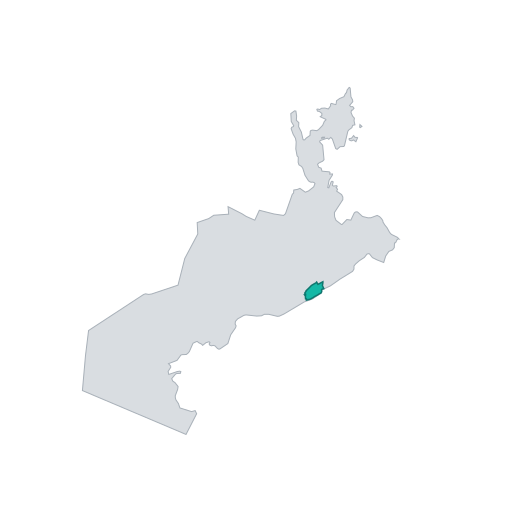 location of Alat, Bukhoro, Uzbekistan, rotated 293°
{"feature_id": "79887680B15595975584782", "entity_name": "Alat", "entity_type": "district", "adm_level": 2, "iso_a3": "UZB", "parent_name": "Uzbekistan", "parent_adm1": "Bukhoro", "projection": "mercator", "projection_center": [64.051, 39.204], "detail": "fine", "context": "in_parent", "style": "filled", "palette": "teal", "viewbox_px": 512, "rotation_deg": 293, "n_neighbors": 0, "source": "geoboundaries", "source_scale": "gbopen_adm2", "svg_char_len": 4425}
<svg xmlns="http://www.w3.org/2000/svg" viewBox="0 0 512 512"><g transform="rotate(293 256 256)"><path d="M393.6,235.9L400.7,232.4L404.7,234.8L405.0,236.1L400.7,238.7L396.7,240.1L395.5,243.3L391.7,244.7L387.8,249.3L381.6,253.8L381.5,254.8L382.1,255.5L384.1,256.1L388.1,258.6L392.0,257.2L393.0,257.5L394.0,258.9L395.1,263.0L396.8,264.2L402.4,266.3L406.6,266.3L408.7,267.2L409.1,266.8L409.3,260.7L411.1,261.7L413.0,260.9L413.8,257.9L413.4,255.9L414.8,254.7L415.5,255.5L415.6,257.3L417.6,258.6L419.1,261.6L419.6,265.1L423.4,266.0L424.8,265.3L425.9,265.7L426.5,270.1L427.0,270.4L430.4,269.5L433.6,271.4L437.0,274.7L440.8,274.9L441.6,275.5L444.4,275.0L447.6,275.9L447.7,276.4L447.1,277.2L439.6,281.2L437.4,283.9L435.8,284.8L431.2,283.3L430.5,285.0L431.3,286.7L430.3,288.5L427.9,287.8L427.5,286.9L425.2,287.4L422.5,290.2L421.3,292.7L418.8,293.4L415.4,295.8L414.0,293.9L411.6,294.1L408.3,292.2L406.7,291.8L392.2,294.3L391.1,294.0L389.5,290.7L385.9,289.0L386.0,287.4L393.5,280.6L394.4,278.5L391.9,277.4L392.3,275.6L387.5,270.1L386.6,269.8L385.9,270.0L384.1,274.0L371.2,281.0L369.3,280.3L366.4,277.7L364.5,276.8L362.2,279.0L362.3,281.6L359.9,283.6L362.1,290.6L361.8,291.5L360.2,291.8L361.4,294.4L360.4,294.7L354.2,293.7L347.0,295.3L347.2,296.4L353.6,296.2L354.5,296.7L354.6,297.6L354.3,298.1L350.9,298.7L350.6,299.8L352.3,302.9L351.5,303.6L350.3,303.0L349.3,305.0L347.2,304.9L346.0,310.8L344.2,312.9L341.8,313.9L326.6,311.2L322.7,313.1L320.1,315.7L318.4,322.2L318.6,322.9L325.1,325.4L326.1,329.3L333.9,329.6L335.2,330.2L335.9,331.2L336.2,332.3L334.0,338.6L334.9,344.2L336.1,346.8L340.7,351.7L340.5,354.4L339.5,356.8L338.2,358.8L336.8,359.7L334.9,362.4L333.2,365.6L329.9,369.8L328.8,372.2L328.4,379.0L327.5,381.0L327.4,380.3L326.2,379.5L322.8,379.3L322.1,378.4L317.7,380.0L315.0,379.3L312.1,376.5L306.7,375.4L299.9,376.1L299.7,369.0L300.0,363.8L302.3,359.6L302.2,358.8L301.1,357.4L297.0,356.3L292.1,353.0L287.6,350.8L285.1,350.1L282.2,351.3L279.6,350.9L267.6,342.4L257.5,336.1L250.5,329.8L247.2,330.5L238.3,324.5L232.5,318.3L213.4,304.3L209.7,300.9L208.8,299.2L207.3,290.5L205.6,286.5L203.1,284.4L201.0,280.2L197.9,269.9L196.7,268.1L191.0,263.7L187.7,262.6L185.2,263.4L183.9,265.0L182.0,265.2L173.6,263.5L164.4,264.3L156.2,259.0L155.7,258.1L155.8,256.7L157.3,253.2L157.0,251.6L155.9,250.0L155.9,248.2L156.7,247.2L158.2,247.5L158.7,246.9L158.5,246.0L156.6,243.8L152.9,241.8L153.6,240.4L153.8,237.0L154.4,235.3L153.9,234.6L151.1,232.1L142.0,232.0L139.8,231.3L138.1,230.3L136.3,226.5L135.5,225.6L129.1,224.1L122.7,217.5L121.4,220.4L120.2,221.0L115.4,220.2L112.9,222.0L118.9,228.7L120.2,230.8L120.2,232.0L118.4,232.2L116.9,229.0L115.9,228.1L110.2,226.3L108.3,228.3L107.8,230.9L105.4,235.3L102.5,236.0L95.7,236.3L93.7,237.3L92.3,238.5L89.8,242.3L86.4,245.3L87.6,257.5L89.9,260.4L87.6,263.0L64.4,261.3L64.3,148.8L97.9,137.9L122.0,131.0L176.7,167.6L178.0,169.1L178.7,172.2L180.2,174.7L198.7,195.6L225.9,191.4L253.5,193.8L263.8,188.8L272.0,197.9L277.0,201.2L283.8,214.5L290.5,211.0L289.4,226.7L288.6,231.5L288.5,240.9L299.4,241.2L301.7,256.1L304.1,265.5L306.4,266.6L327.0,265.3L328.6,266.0L331.5,265.0L333.4,268.0L335.4,270.0L334.0,276.5L336.5,279.0L342.2,282.1L345.7,282.0L346.3,280.9L346.2,279.4L345.4,277.8L345.4,275.9L346.0,274.5L349.4,269.6L355.0,264.8L356.2,263.0L356.7,259.9L358.7,258.2L363.5,256.3L364.2,254.7L370.1,250.8L376.7,248.4L379.7,246.4L382.6,242.6L386.9,238.6L388.5,238.6L389.7,239.8L390.6,239.9L393.6,235.9ZM392.2,272.7L391.4,270.8L390.4,270.1L389.9,270.4L391.5,272.8L392.2,272.7ZM404.5,303.3L400.2,303.3L400.9,300.4L399.4,299.1L399.1,297.6L399.4,296.3L400.5,295.9L401.7,297.9L405.0,298.8L403.9,300.8L404.7,302.9L404.5,303.3ZM417.6,300.3L416.7,302.9L414.9,301.8L415.1,301.1L417.6,300.3Z" fill="#d9dde1" stroke="#a8b0b8" stroke-width="1"/><path d="M243.6,315.7L243.4,315.9L241.0,315.4L240.3,315.9L240.3,316.5L239.7,316.8L239.2,315.9L238.6,317.0L236.0,318.3L236.3,319.1L235.1,319.6L235.3,320.1L236.0,320.8L236.4,321.4L236.6,321.6L236.7,321.9L237.3,322.6L237.9,323.2L238.6,323.7L238.8,323.9L239.1,324.1L240.1,324.9L241.0,325.4L242.1,326.2L243.2,327.1L244.3,328.0L244.8,328.3L245.7,328.9L246.4,329.5L247.1,330.1L247.5,330.3L248.2,330.4L248.7,330.4L249.2,330.3L250.2,329.7L250.8,329.5L251.0,329.6L251.7,330.3L251.8,330.5L252.4,331.2L254.7,328.7L257.5,328.0L258.4,327.6L254.1,324.1L255.7,322.0L254.5,321.6L253.5,320.7L250.5,318.5L248.9,317.9L246.4,316.9L243.6,315.7Z" fill="#14b8a6" stroke="#0f766e" stroke-width="1.5"/></g></svg>